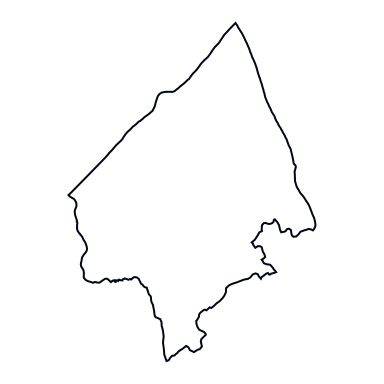 outline of Viengphoukha, Louang Namtha, Laos
{"feature_id": "54806243B46667129508347", "entity_name": "Viengphoukha", "entity_type": "district", "adm_level": 2, "iso_a3": "LAO", "parent_name": "Laos", "parent_adm1": "Louang Namtha", "projection": "robinson", "projection_center": [101.061, 20.668], "detail": "fine", "context": "isolated", "style": "outline", "palette": "ink", "viewbox_px": 384, "rotation_deg": 0, "n_neighbors": 0, "source": "geoboundaries", "source_scale": "gbopen_adm2", "svg_char_len": 5921}
<svg xmlns="http://www.w3.org/2000/svg" viewBox="0 0 384 384"><path d="M166.5,361.0L168.7,360.2L170.5,357.5L172.1,355.8L174.5,355.5L175.5,354.3L177.5,352.9L178.3,351.6L180.1,350.3L182.6,348.8L186.1,345.9L188.6,347.5L189.8,350.1L194.0,352.1L196.6,350.4L198.3,349.5L199.7,349.2L201.9,346.5L200.8,341.4L201.4,339.0L204.1,336.4L205.7,334.9L205.7,334.0L204.2,332.1L199.2,329.7L197.4,326.9L196.4,323.5L196.2,321.1L197.7,319.0L199.0,316.7L199.1,314.8L199.7,313.4L201.0,312.2L202.1,311.3L204.0,309.8L205.2,309.7L206.3,310.4L207.6,309.3L209.6,307.4L211.3,308.0L214.2,305.7L216.7,303.2L219.4,301.4L222.6,298.1L224.3,295.7L225.9,292.3L226.1,288.1L229.1,285.3L232.0,283.9L237.0,282.3L243.7,279.7L248.1,278.8L250.4,277.4L252.8,274.4L255.6,273.4L257.9,274.3L258.8,276.5L259.6,277.2L260.9,278.7L261.5,277.2L263.0,276.2L265.1,274.5L267.1,273.2L268.1,273.1L268.9,274.4L270.0,274.6L271.0,273.7L272.0,273.5L274.7,272.7L276.1,272.1L275.1,270.7L274.1,269.8L272.6,267.5L270.1,264.7L266.8,264.3L263.8,263.2L262.8,261.2L261.7,259.7L264.0,258.2L265.2,256.9L264.2,253.8L262.9,251.9L261.7,247.2L260.3,246.3L258.0,246.1L255.3,247.8L253.4,245.1L252.8,243.4L251.7,242.4L254.6,240.0L256.0,238.0L258.2,234.5L259.4,232.3L262.0,231.0L261.7,229.0L261.8,226.7L262.1,225.1L263.7,223.2L265.5,222.9L267.5,223.7L269.5,224.0L271.9,223.3L273.4,222.0L274.0,219.6L274.9,219.4L275.8,220.5L277.2,221.9L279.0,225.1L280.0,229.6L281.2,232.3L284.3,231.7L285.6,231.2L286.9,229.2L289.0,228.7L291.0,230.1L291.2,232.5L291.9,235.4L293.5,236.8L296.3,236.4L298.6,234.2L300.5,231.7L302.7,230.9L304.7,230.2L306.8,229.6L308.8,228.9L311.2,229.5L312.9,230.4L313.9,229.3L314.9,227.3L315.5,225.1L315.3,223.6L314.9,220.9L314.3,218.8L313.9,217.5L313.0,215.6L312.3,214.0L311.7,212.2L311.1,210.6L310.1,208.1L309.4,206.3L308.7,204.8L307.5,202.8L306.4,201.2L303.3,196.4L300.4,193.1L298.6,189.9L296.9,187.2L296.1,184.8L295.2,181.8L295.0,180.1L294.8,174.6L294.6,171.5L295.0,170.2L295.7,167.7L295.8,166.3L295.3,165.2L293.8,163.7L293.1,159.9L292.7,158.0L292.6,157.4L292.6,157.2L290.8,149.8L290.6,148.9L290.2,148.1L288.8,145.6L286.6,139.4L286.4,138.9L285.5,137.5L284.7,135.6L284.3,134.9L283.4,133.3L283.1,132.9L282.1,130.7L281.5,130.0L280.6,128.0L279.6,126.7L278.5,124.8L277.8,123.2L276.3,120.8L275.0,117.9L274.5,116.2L273.8,115.1L272.8,113.6L271.7,111.8L270.9,109.6L270.2,108.2L269.1,106.2L268.1,103.7L267.0,101.8L266.1,99.2L265.6,98.2L264.9,96.0L264.5,93.5L263.9,92.2L263.3,89.3L262.7,87.7L261.9,84.6L261.2,82.5L260.3,79.9L259.9,78.1L259.5,77.7L258.5,74.5L257.9,72.7L257.3,70.4L256.9,68.8L256.1,66.4L255.2,63.8L253.6,59.9L252.8,58.5L251.8,56.0L251.1,53.8L250.3,52.2L249.9,50.8L249.2,48.8L248.3,46.7L247.5,44.8L246.8,43.2L246.1,41.9L245.5,40.6L244.8,39.1L244.2,37.7L243.7,36.7L243.3,35.9L242.7,34.8L242.1,33.5L241.7,33.0L241.1,32.0L239.9,30.2L239.3,29.1L238.4,27.8L237.3,25.5L236.6,24.6L235.5,23.0L230.3,28.3L224.9,34.2L224.3,34.8L223.5,36.0L222.4,37.7L221.4,39.1L220.2,41.0L218.9,43.0L217.3,44.6L215.4,46.5L214.5,47.5L213.3,49.1L212.7,50.1L211.9,51.1L210.9,52.8L209.4,54.9L207.9,57.0L205.9,58.8L204.3,60.2L202.7,62.0L201.9,62.7L201.0,63.8L199.9,65.3L199.1,66.5L197.7,68.3L196.6,69.8L195.2,71.3L192.8,73.7L191.7,75.2L190.6,76.6L189.0,79.0L187.6,80.0L186.7,80.8L185.3,82.2L183.8,83.6L182.2,84.8L180.0,86.6L177.9,88.5L176.9,89.2L175.2,90.7L173.9,91.5L172.2,91.9L169.6,91.8L166.6,91.8L164.4,92.0L161.6,92.6L159.4,94.1L157.8,96.2L156.7,99.4L155.8,102.0L155.3,104.4L154.7,106.5L153.3,109.3L152.3,111.1L151.3,111.8L149.4,113.6L148.2,114.5L147.1,115.3L144.4,117.2L143.3,118.3L141.9,119.5L140.2,120.9L138.7,121.7L136.5,123.8L135.4,124.8L134.0,125.9L132.9,126.6L131.6,128.1L129.8,129.9L128.4,131.1L127.0,132.4L125.2,134.7L123.7,136.8L122.3,139.2L121.0,140.7L118.7,142.8L116.7,144.7L115.3,146.1L114.2,147.5L112.3,149.8L109.1,153.1L108.0,154.5L105.6,157.3L86.4,177.0L71.1,192.6L68.5,195.1L69.2,195.9L71.0,197.3L73.6,198.7L74.9,200.1L76.2,202.6L76.5,205.1L76.4,206.4L75.2,209.4L74.8,210.7L74.7,212.5L75.2,215.3L76.2,218.2L77.0,221.2L76.8,221.4L76.8,222.0L77.2,222.5L77.4,223.4L77.4,223.9L77.1,224.5L77.0,225.1L77.1,225.6L77.1,226.2L76.9,227.1L77.2,227.7L77.0,228.7L77.2,229.3L77.3,229.7L77.5,230.4L77.6,230.9L78.0,231.2L78.4,232.0L78.7,232.6L79.2,233.2L79.7,233.6L80.2,234.2L80.3,234.7L81.4,235.7L82.3,237.0L83.7,240.1L85.1,242.2L86.3,245.2L86.3,245.3L86.8,247.1L87.0,248.8L86.9,250.0L86.4,251.3L85.7,252.3L84.5,253.9L83.9,254.4L83.2,255.7L82.2,257.2L81.9,258.4L81.7,259.6L81.4,261.6L81.0,262.9L80.8,264.3L81.0,265.8L81.7,267.4L83.0,269.2L83.6,270.9L83.9,273.0L83.8,275.1L83.7,277.0L84.1,278.2L85.8,280.0L88.0,281.2L90.2,281.8L91.4,282.1L92.7,282.8L93.6,282.6L94.8,282.0L96.1,282.2L97.4,282.6L99.0,282.7L100.0,282.3L103.8,279.6L105.2,278.8L106.9,278.7L107.7,279.0L110.6,281.8L111.0,282.1L111.6,281.4L111.8,281.3L112.3,281.2L112.5,281.0L112.7,280.6L113.2,280.5L114.2,280.3L114.1,280.5L114.1,280.8L114.5,281.0L114.9,281.1L115.2,281.4L115.4,282.0L115.6,282.0L115.6,281.5L115.7,281.2L116.0,281.0L116.3,280.7L116.6,280.4L117.0,280.4L117.4,280.7L117.8,280.5L118.2,280.8L118.3,280.5L118.5,279.9L119.0,279.7L119.3,279.7L119.5,280.1L119.9,280.2L120.4,280.1L120.8,280.2L121.5,280.4L122.4,280.4L122.4,280.0L122.6,279.6L123.1,279.3L123.5,278.9L124.2,278.9L124.6,278.5L125.3,278.8L125.9,278.7L126.7,279.0L127.7,279.5L128.3,279.8L128.8,279.6L129.4,279.2L130.1,279.1L131.0,279.5L131.3,279.0L131.8,278.9L132.3,278.6L132.7,277.9L133.3,277.7L133.8,277.3L134.4,277.1L135.3,277.2L136.3,277.3L137.3,277.7L138.7,278.8L139.4,280.3L141.0,283.6L142.6,284.8L143.4,285.9L144.6,287.1L146.8,287.7L147.2,289.2L148.4,293.0L148.9,294.4L150.0,295.5L150.7,296.4L151.0,297.6L151.0,299.0L151.3,301.4L151.7,302.4L152.4,303.8L153.0,305.0L153.3,306.9L154.2,311.3L154.5,314.6L154.8,315.9L155.7,317.2L157.4,317.9L159.4,318.8L160.3,319.2L160.3,319.3L161.5,322.0L161.7,326.2L162.1,327.2L162.9,330.6L163.7,336.3L163.5,337.8L163.0,342.7L163.7,347.9L164.1,351.4L164.2,354.3L164.7,355.9L166.5,361.0Z" fill="none" stroke="#020617" stroke-width="2"/></svg>